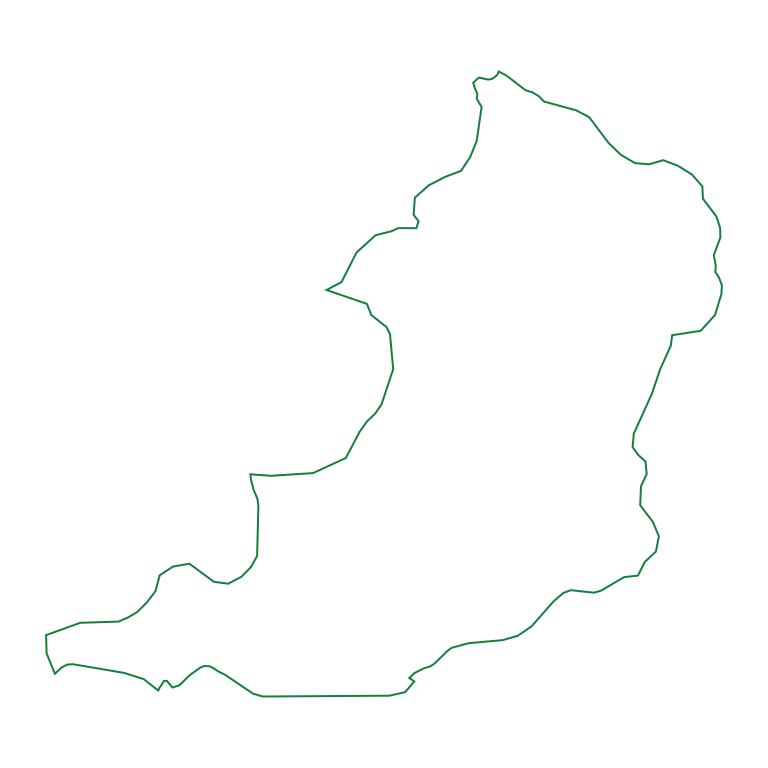 the border of Oudômxai
{"feature_id": "LAO-3290", "entity_name": "Oudômxai", "entity_type": "Province", "adm_level": 1, "iso_a3": "LAO", "parent_name": "Laos", "parent_adm1": "", "projection": "orthographic", "projection_center": [101.644, 20.521], "detail": "fine", "context": "isolated", "style": "outline", "palette": "green", "viewbox_px": 768, "rotation_deg": 0, "n_neighbors": 0, "source": "natural_earth", "source_scale": "10m", "svg_char_len": 1845}
<svg xmlns="http://www.w3.org/2000/svg" viewBox="0 0 768 768"><path d="M488.2,79.6L492.0,78.9L495.4,76.6L497.9,73.8L498.8,71.5L506.4,75.5L525.5,90.2L532.8,92.5L539.3,96.6L543.9,101.5L576.3,110.4L589.2,117.2L608.8,143.2L620.6,154.6L634.9,163.1L649.1,164.3L663.2,160.2L677.6,165.6L692.0,174.6L702.4,186.4L702.9,198.7L716.4,216.5L720.1,227.9L720.4,237.4L713.8,255.2L715.8,265.9L715.3,271.9L719.0,277.6L721.9,285.3L721.4,294.0L715.1,314.9L700.7,330.8L672.2,335.2L670.8,345.7L660.1,369.4L652.0,393.5L633.8,433.7L632.6,447.1L638.2,454.9L645.5,461.5L646.7,474.0L641.0,486.2L640.2,505.3L652.9,521.9L658.9,536.3L655.9,551.6L644.8,561.9L638.0,575.6L624.2,577.1L600.9,590.7L594.0,592.7L571.0,590.2L563.5,592.8L553.4,601.5L531.8,626.1L517.8,635.8L502.7,640.1L468.6,643.2L451.6,647.8L446.7,651.6L434.3,663.8L430.1,666.4L423.7,668.4L414.6,673.0L409.3,678.0L414.3,681.4L405.1,692.2L389.3,695.7L262.7,696.5L252.9,693.6L225.6,675.1L217.6,671.0L214.0,668.5L209.6,666.3L204.2,666.0L200.3,667.6L189.8,675.1L179.4,685.3L172.5,687.5L166.9,680.9L163.8,680.9L162.6,683.3L159.8,687.4L158.2,690.5L143.7,679.1L124.1,672.9L72.9,664.2L67.1,664.6L61.8,667.4L54.9,673.7L46.6,653.4L46.1,635.1L80.2,622.8L118.6,621.6L127.9,617.5L136.9,612.3L147.0,602.3L155.5,591.1L159.7,575.3L172.9,566.6L189.4,563.7L213.9,581.8L228.2,583.7L241.4,576.8L250.9,567.1L257.1,556.0L258.4,506.2L257.5,499.1L253.4,489.2L250.9,479.0L250.4,474.3L271.0,475.8L313.0,473.1L345.8,458.0L359.7,431.7L367.0,421.4L375.1,413.7L381.5,404.4L393.2,369.2L390.0,334.1L386.6,327.2L371.3,315.0L366.9,303.9L326.5,290.0L341.5,282.1L356.6,252.4L375.6,235.2L391.7,231.2L398.3,228.1L416.3,228.2L418.6,221.4L413.6,214.7L414.9,197.6L428.8,185.3L444.9,177.0L461.1,170.8L470.2,157.0L476.7,141.0L481.6,107.0L476.7,98.6L477.4,94.1L474.7,87.8L473.2,82.7L478.8,77.6L488.2,79.6Z" fill="none" stroke="#15803d" stroke-width="2"/></svg>